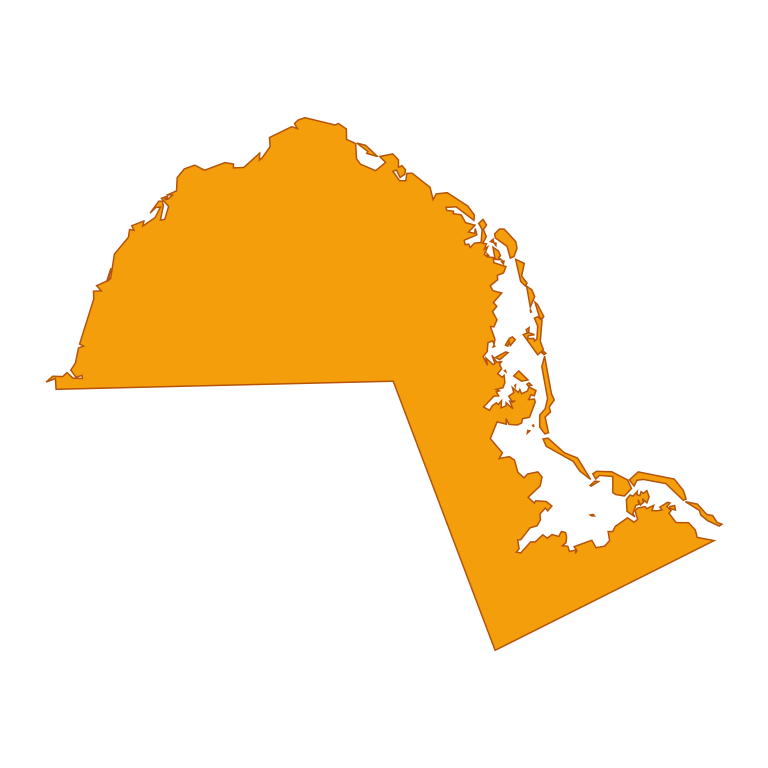 the district of North New Georgia, Western, Solomon Islands
{"feature_id": "97153195B59663356998763", "entity_name": "North New Georgia", "entity_type": "district", "adm_level": 2, "iso_a3": "SLB", "parent_name": "Solomon Islands", "parent_adm1": "Western", "projection": "orthographic", "projection_center": [157.587, -8.128], "detail": "fine", "context": "isolated", "style": "filled", "palette": "amber", "viewbox_px": 768, "rotation_deg": 0, "n_neighbors": 0, "source": "geoboundaries", "source_scale": "gbopen_adm2", "svg_char_len": 6144}
<svg xmlns="http://www.w3.org/2000/svg" viewBox="0 0 768 768"><path d="M56.1,389.3L393.2,381.2L495.1,650.3L714.1,540.6L697.2,537.4L695.3,529.9L688.5,522.7L676.1,522.6L669.0,513.3L671.1,510.5L666.9,506.6L670.0,502.9L667.6,502.3L659.8,507.2L662.0,509.9L657.2,510.8L651.9,510.5L653.7,505.4L646.5,508.7L645.2,506.7L637.6,508.0L635.1,510.7L637.6,519.3L634.1,522.3L627.5,517.8L615.2,526.5L612.7,531.6L608.1,531.5L609.6,540.7L604.5,546.2L596.0,547.7L591.8,540.3L574.1,546.6L576.9,550.9L575.3,553.5L576.2,550.0L569.4,551.4L567.8,546.3L562.3,545.7L566.0,542.7L566.6,537.2L565.5,532.5L561.4,531.6L558.7,536.5L552.1,534.5L547.3,538.2L542.8,534.8L535.2,541.9L530.7,541.9L520.8,552.9L516.3,552.1L519.1,548.8L517.7,540.0L520.8,539.7L530.1,527.8L537.0,525.9L540.5,519.7L539.9,514.0L545.4,508.0L547.7,510.9L551.9,506.0L546.1,501.5L535.7,500.8L534.3,503.1L528.1,497.3L540.2,485.9L542.0,477.0L537.8,471.9L527.5,474.0L524.1,477.9L517.8,472.2L514.5,460.1L509.3,456.6L499.2,458.6L502.4,452.9L490.3,438.6L497.1,421.9L506.4,424.2L505.9,418.5L509.1,424.4L517.2,425.0L521.5,423.1L522.6,418.7L529.5,417.3L535.2,402.2L534.5,399.1L528.6,399.6L531.1,394.8L534.3,395.8L536.0,390.5L528.9,386.9L527.5,391.0L521.6,393.7L519.8,389.5L518.4,392.5L512.4,387.5L513.8,392.6L508.7,396.2L512.0,401.3L515.2,400.9L512.6,402.2L509.8,401.2L512.9,408.8L506.1,402.7L506.0,405.9L501.1,407.9L501.5,400.7L498.2,404.6L496.4,402.8L492.4,405.6L489.6,410.4L483.6,407.0L493.9,396.1L498.7,395.9L496.3,391.9L499.3,390.9L496.1,389.4L502.9,387.8L504.9,382.7L504.1,375.4L502.2,377.2L497.6,373.7L501.6,368.9L499.5,363.9L501.4,361.7L496.7,362.2L491.9,355.3L495.0,363.4L493.0,364.6L486.0,358.1L487.5,365.3L483.1,356.6L487.3,351.4L487.9,342.7L492.6,340.9L494.0,344.2L495.0,339.4L490.4,326.5L494.0,326.8L497.0,319.8L492.5,311.6L496.8,306.3L493.4,302.5L501.7,293.0L492.9,290.7L490.2,285.8L497.7,279.7L497.3,275.4L503.5,272.9L506.0,266.6L493.8,262.7L493.4,257.6L487.5,256.8L484.3,254.5L487.6,246.9L484.4,249.0L486.4,243.8L482.8,243.3L486.3,236.6L483.4,229.5L486.6,225.0L483.0,219.4L478.7,223.4L482.1,229.5L481.1,242.5L474.6,243.1L470.2,247.5L468.7,244.1L465.3,244.7L464.1,240.3L476.9,234.8L475.3,228.6L474.5,233.4L468.6,232.0L475.0,225.2L465.6,222.7L461.2,214.8L453.3,213.7L453.5,211.2L446.7,210.4L446.0,207.4L456.1,206.8L473.9,220.3L474.4,215.1L467.7,206.0L447.3,192.7L436.2,193.9L433.1,199.7L430.1,187.4L412.1,173.2L406.8,173.4L405.8,180.8L399.5,180.6L392.8,171.3L396.5,170.0L400.1,177.5L404.7,174.3L405.5,169.7L402.0,165.7L398.5,167.2L398.5,159.9L392.7,153.9L379.7,156.5L385.6,162.4L375.6,170.7L360.5,164.2L356.5,158.8L355.7,143.6L346.6,139.4L346.3,128.9L338.3,123.5L335.1,125.0L304.9,117.7L298.2,120.0L294.5,123.5L297.3,128.5L291.7,126.7L269.5,137.5L270.1,146.7L262.3,157.7L259.4,160.2L259.7,153.1L243.8,167.5L233.5,167.9L233.4,164.0L224.9,162.6L204.7,170.2L194.7,165.2L184.3,168.9L177.2,177.6L176.5,190.9L168.1,194.6L172.5,195.1L168.0,199.1L165.8,199.7L164.9,198.4L167.0,199.2L167.7,196.0L161.5,198.3L168.6,206.4L164.8,219.3L160.4,220.2L163.4,205.5L162.3,201.2L158.8,201.2L150.1,213.1L155.6,207.6L160.4,207.1L155.2,217.5L142.9,226.0L143.9,221.0L131.8,225.7L133.9,230.4L129.6,229.5L128.4,237.3L114.4,254.1L110.7,278.4L108.5,280.3L111.0,268.2L106.8,281.1L96.6,285.7L101.3,290.9L93.5,291.2L93.8,298.9L79.6,344.0L83.5,346.1L78.5,348.0L75.4,363.1L70.8,370.1L76.0,377.3L82.0,375.3L82.4,378.5L73.0,378.2L67.0,372.6L62.7,376.6L52.8,376.2L46.1,382.1L55.4,378.5L56.1,389.3ZM686.1,499.0L683.4,490.5L674.3,479.1L638.2,471.9L629.4,479.9L634.1,486.0L636.9,480.3L643.3,479.4L665.9,483.6L683.3,500.3L686.1,499.0ZM554.3,399.9L551.5,393.9L544.6,356.2L541.8,366.6L547.6,398.6L545.1,408.9L539.7,415.1L539.7,427.1L544.9,433.9L548.5,432.7L545.1,417.0L550.5,412.1L549.2,407.0L554.3,399.9ZM631.5,488.5L627.6,480.0L611.8,471.8L596.6,471.3L592.8,473.8L595.8,479.0L599.4,475.4L612.8,476.5L612.8,492.5L615.6,494.5L624.4,496.0L631.5,488.5ZM517.0,248.2L515.8,241.7L504.2,229.1L499.5,229.0L494.6,233.9L495.3,237.9L507.1,246.4L510.3,258.1L514.0,256.5L517.0,248.2ZM543.4,349.8L540.3,341.3L542.0,320.3L537.5,316.8L534.4,318.1L537.7,326.0L536.9,339.0L534.5,341.0L533.8,338.4L527.7,338.7L528.2,335.8L534.5,334.7L528.7,332.7L529.1,327.6L526.2,329.6L527.4,333.1L523.2,334.6L537.7,354.8L543.4,349.8ZM590.6,479.4L577.6,458.1L564.2,452.7L548.1,438.2L543.1,439.0L546.2,446.3L573.1,461.3L579.9,471.2L590.6,479.4ZM649.1,496.7L646.8,490.6L643.5,493.4L641.1,491.7L639.8,495.7L636.9,494.7L637.3,491.4L633.0,496.1L630.1,495.0L626.4,499.5L627.0,511.3L635.0,516.9L632.8,513.6L635.9,505.3L638.9,504.4L638.1,499.7L640.4,505.0L643.7,502.1L642.3,498.6L646.9,502.8L649.1,496.7ZM721.9,524.2L717.0,522.3L712.7,515.6L706.6,514.4L697.4,504.1L685.4,501.7L699.5,510.5L700.7,515.0L707.6,520.7L719.3,526.1L721.9,524.2ZM527.0,283.1L521.6,276.1L524.3,263.4L515.6,259.3L520.7,281.5L525.3,286.0L527.0,283.1ZM527.9,379.9L518.8,370.9L513.7,376.0L521.6,381.2L527.9,379.9ZM534.7,296.5L531.8,289.8L526.6,286.3L530.3,307.1L534.7,296.5ZM377.6,156.6L365.6,145.3L356.9,143.1L368.0,151.6L366.7,153.4L377.6,156.6ZM543.8,316.6L537.4,304.3L535.0,302.3L539.4,317.2L541.8,319.1L543.8,316.6ZM501.3,259.8L498.6,257.8L500.5,255.6L498.3,250.9L493.0,247.2L495.1,259.3L501.3,259.8ZM515.3,339.6L512.4,336.9L509.3,338.4L505.4,345.1L507.8,346.2L509.2,342.1L510.3,345.6L515.3,339.6ZM508.0,352.7L505.7,351.9L495.4,357.5L499.8,359.7L508.0,352.7ZM675.4,510.1L674.7,505.6L669.9,506.5L669.6,508.2L675.4,510.1ZM598.5,481.5L594.7,481.2L590.1,485.5L591.2,486.2L598.5,481.5ZM531.6,385.3L529.1,382.9L526.9,384.2L527.9,385.8L531.6,385.3ZM545.9,353.4L543.9,351.6L542.1,353.0L544.0,354.7L545.9,353.4ZM503.5,263.9L504.0,261.2L501.6,261.6L503.5,263.9ZM495.9,245.5L496.0,243.2L494.0,243.0L495.9,245.5ZM527.3,433.2L529.8,430.9L527.8,430.4L527.3,433.2ZM493.7,242.6L493.1,239.2L490.5,241.5L493.7,242.6ZM594.4,515.9L593.1,514.4L590.2,515.0L591.8,515.9L594.4,515.9ZM488.6,255.5L487.1,253.9L487.4,255.9L488.6,255.5ZM533.9,427.0L533.5,425.0L532.6,425.4L533.9,427.0ZM531.4,311.9L530.2,309.3L530.6,312.1L531.4,311.9ZM505.8,371.8L505.4,370.3L504.5,370.8L505.8,371.8ZM515.3,386.5L515.5,384.9L514.8,385.4L515.3,386.5ZM494.8,346.2L494.0,344.9L493.2,347.0L494.8,346.2Z" fill="#f59e0b" stroke="#b45309" stroke-width="1.5"/></svg>